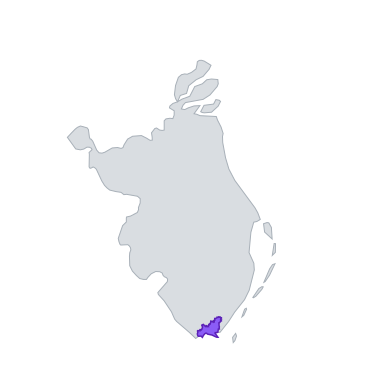 Eemsdelta, Groningen, Netherlands shown in context, rotated 131°
{"feature_id": "6326949B5414348034711", "entity_name": "Eemsdelta", "entity_type": "district", "adm_level": 2, "iso_a3": "NLD", "parent_name": "Netherlands", "parent_adm1": "Groningen", "projection": "orthographic", "projection_center": [6.777, 53.348], "detail": "fine", "context": "in_parent", "style": "filled", "palette": "violet", "viewbox_px": 384, "rotation_deg": 131, "n_neighbors": 0, "source": "geoboundaries", "source_scale": "gbopen_adm2", "svg_char_len": 5478}
<svg xmlns="http://www.w3.org/2000/svg" viewBox="0 0 384 384"><g transform="rotate(131 192 192)"><path d="M232.5,321.9L226.7,321.7L221.3,321.4L218.4,320.9L215.4,319.5L214.0,316.7L212.4,313.2L212.9,311.1L218.0,305.3L218.8,303.7L218.3,302.8L218.8,300.2L222.9,291.4L223.4,287.9L221.7,285.4L219.2,283.9L211.1,281.1L207.3,277.4L205.6,274.1L203.8,273.2L201.1,274.2L194.3,275.3L188.9,273.4L182.6,267.2L181.2,261.7L180.5,257.5L178.9,256.0L176.7,258.1L173.9,261.4L168.5,261.7L167.0,260.8L166.7,258.9L166.5,257.1L165.1,254.9L163.5,253.6L156.5,259.7L153.9,259.6L150.8,257.0L149.2,254.6L145.7,255.9L142.4,258.7L143.3,264.2L141.6,265.1L137.7,264.5L133.4,262.1L128.5,260.5L121.2,256.5L110.6,259.1L103.6,255.2L97.6,254.5L94.0,251.5L90.2,246.3L93.1,243.2L95.9,242.2L106.9,242.1L114.8,244.4L128.8,255.6L132.4,255.7L136.3,254.5L134.5,251.5L130.9,250.0L125.7,246.9L121.6,242.7L131.6,241.8L130.3,239.6L129.1,236.0L119.1,223.2L121.0,219.9L123.9,212.7L127.4,206.9L130.1,205.4L134.5,201.3L144.2,189.1L150.5,179.2L155.2,167.2L162.6,134.2L164.6,128.6L167.9,122.5L171.7,123.7L174.3,125.6L183.8,121.1L200.3,109.2L205.2,98.6L210.0,93.8L228.6,84.4L238.8,81.7L254.5,81.0L265.8,79.4L279.5,78.8L284.7,84.7L287.7,89.1L292.5,91.5L300.1,93.1L299.7,101.7L299.8,118.7L299.3,121.7L295.9,128.9L292.4,141.7L291.4,150.2L290.3,151.8L275.8,151.8L273.7,153.3L273.4,155.1L274.1,157.3L273.8,159.4L272.7,161.2L273.3,164.0L275.8,167.2L280.4,169.1L285.4,169.3L287.9,169.0L289.8,171.2L291.6,174.7L291.5,179.1L290.8,185.1L288.5,190.6L281.7,196.9L278.7,199.1L275.8,200.2L274.4,201.9L273.8,204.0L273.9,205.9L278.8,211.0L278.7,212.1L277.3,214.7L275.4,217.2L262.9,222.3L257.7,221.9L254.7,224.5L253.8,225.0L250.5,222.6L243.3,219.8L240.5,220.7L238.9,222.2L234.3,223.9L231.0,226.7L231.0,230.4L236.7,239.9L238.7,241.7L238.8,245.3L241.6,249.7L244.5,255.3L244.7,258.8L244.4,262.3L242.8,267.4L237.6,279.1L237.5,281.4L238.0,283.1L239.7,283.6L241.0,284.5L240.6,286.1L230.9,294.2L229.7,295.6L225.7,295.2L225.0,296.5L225.5,298.8L227.1,300.7L230.5,301.8L233.4,303.9L235.8,308.0L232.5,321.9ZM133.4,262.1L132.4,265.5L130.1,269.1L122.4,274.3L114.4,277.5L110.4,276.9L107.7,275.0L106.3,272.9L102.2,270.9L96.5,269.7L92.9,271.6L90.2,273.4L88.0,272.9L86.4,271.3L85.2,268.7L83.9,260.8L88.2,259.6L97.5,259.5L104.5,262.5L113.9,264.2L121.2,260.8L126.8,264.2L133.4,262.1ZM119.0,229.6L124.2,234.7L125.3,236.4L125.7,238.1L118.7,239.8L111.5,233.4L106.6,234.6L104.9,231.7L104.9,229.9L110.0,228.6L119.0,229.6ZM174.6,110.9L169.0,117.2L165.8,115.3L164.9,113.8L166.7,108.8L174.9,100.7L174.6,110.9ZM199.0,83.0L194.0,83.6L191.7,82.3L203.9,78.9L211.6,78.0L213.0,78.5L199.0,83.0ZM231.7,76.9L221.0,78.2L217.5,77.1L216.9,76.0L219.8,75.4L228.8,75.4L231.6,76.3L231.7,76.9ZM187.2,89.8L177.0,96.2L176.2,95.1L182.8,89.5L187.2,89.8ZM275.1,66.0L270.1,66.3L271.5,63.9L276.1,62.1L278.6,62.1L275.1,66.0ZM253.5,72.4L245.9,75.4L244.1,74.8L244.6,73.9L251.2,72.0L253.5,72.4Z" fill="#d9dde1" stroke="#a8b0b8" stroke-width="1"/><path d="M277.1,93.1L277.9,92.6L279.4,91.8L279.5,92.0L279.5,91.9L280.0,91.8L280.1,92.3L280.6,92.4L281.1,92.4L281.2,92.2L281.3,92.1L281.4,91.8L281.6,91.8L281.9,91.9L281.9,92.0L282.6,91.9L282.8,91.8L282.9,91.7L283.0,91.7L283.1,91.8L283.1,91.7L283.2,91.8L283.2,91.7L283.3,91.7L283.5,92.4L283.4,92.5L283.5,92.7L283.8,92.8L283.5,93.0L283.3,93.2L283.3,93.3L283.6,93.4L283.8,93.4L284.0,93.4L284.4,93.4L284.5,93.4L284.5,93.5L284.5,93.4L284.5,94.0L284.4,94.4L284.6,94.4L284.5,94.8L284.6,95.9L284.5,96.6L284.8,96.7L285.2,97.0L285.3,97.0L285.6,97.2L286.0,96.6L286.3,96.8L286.4,96.6L286.5,96.6L286.5,96.4L286.5,96.2L286.7,95.7L286.8,95.6L287.3,95.3L287.7,95.1L288.2,95.0L288.2,94.9L288.6,94.8L289.1,94.5L289.3,94.5L290.0,94.5L290.1,95.1L290.6,95.7L290.8,95.6L291.0,95.6L291.2,95.4L291.3,95.3L291.3,95.2L291.5,95.3L291.6,95.1L292.0,95.6L292.5,96.3L292.6,96.2L293.1,96.7L293.7,96.2L294.0,95.6L295.6,94.9L296.7,93.3L296.7,92.6L294.8,90.6L294.9,88.8L292.7,89.3L290.4,89.3L289.7,89.1L289.2,88.6L289.0,88.2L289.1,87.6L289.1,87.1L287.7,84.6L287.2,83.7L286.8,83.0L286.3,81.1L285.7,79.0L285.3,78.0L284.8,77.3L284.6,77.1L283.5,81.8L282.6,81.8L282.5,81.7L282.5,81.8L282.4,81.7L282.1,81.5L282.0,81.4L281.7,81.2L281.2,80.8L281.1,80.7L280.9,80.5L278.2,82.2L277.9,81.8L277.7,81.8L277.7,81.7L277.4,81.5L277.1,82.0L276.8,82.3L276.7,82.4L276.4,82.5L276.1,82.7L275.8,82.9L275.8,83.0L275.0,84.0L274.8,84.2L274.6,84.4L274.5,84.5L273.9,85.0L273.7,85.3L273.4,85.4L273.4,85.5L273.2,85.6L273.1,85.8L272.7,85.6L272.4,85.5L272.2,85.6L271.9,85.5L271.7,85.6L271.4,85.5L271.2,85.5L270.9,85.5L270.7,85.6L270.4,85.7L270.2,85.5L270.1,85.8L269.9,85.8L269.7,85.8L269.8,86.1L269.7,86.1L269.7,85.9L269.4,85.9L269.3,86.0L269.2,86.0L269.3,86.5L269.2,86.6L269.3,86.7L269.3,86.8L269.2,86.8L269.0,87.0L268.9,87.0L268.7,87.1L268.3,87.1L268.1,87.1L267.9,87.0L267.6,87.3L267.8,87.7L267.9,87.9L268.0,87.8L268.1,88.1L267.8,88.2L267.6,88.2L267.4,88.3L267.5,88.3L267.9,88.9L268.1,88.8L268.3,88.8L268.4,89.0L268.6,89.2L268.5,89.3L268.5,89.5L268.9,90.2L269.4,90.2L269.8,90.2L270.1,90.7L270.1,90.8L270.3,90.7L270.5,90.7L270.8,90.8L271.1,90.9L271.3,91.0L271.5,91.1L271.9,91.2L272.1,91.3L272.5,91.6L272.6,91.8L273.5,90.9L273.7,90.7L273.9,90.7L273.9,90.8L274.1,90.8L274.3,90.9L274.4,91.0L274.5,91.0L274.8,91.1L274.8,90.9L274.9,90.7L275.0,90.5L275.1,90.4L275.1,90.5L275.2,90.4L275.3,90.4L275.5,90.5L275.8,90.5L275.6,90.8L275.7,91.1L275.8,91.3L276.1,91.6L276.4,91.9L276.5,92.0L276.6,91.9L276.7,91.7L276.9,92.1L277.1,92.3L277.1,92.6L276.9,92.7L277.0,92.8L277.1,93.1Z" fill="#8b5cf6" stroke="#5b21b6" stroke-width="1.5"/></g></svg>